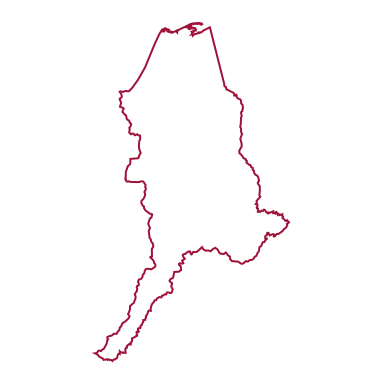 the district of Tumbes, Tumbes, Peru
{"feature_id": "86281439B11077659062931", "entity_name": "Tumbes", "entity_type": "district", "adm_level": 2, "iso_a3": "PER", "parent_name": "Peru", "parent_adm1": "Tumbes", "projection": "robinson", "projection_center": [-80.432, -3.859], "detail": "fine", "context": "isolated", "style": "outline", "palette": "rose", "viewbox_px": 384, "rotation_deg": 0, "n_neighbors": 0, "source": "geoboundaries", "source_scale": "gbopen_adm2", "svg_char_len": 6013}
<svg xmlns="http://www.w3.org/2000/svg" viewBox="0 0 384 384"><path d="M95.0,353.3L97.6,354.6L99.4,356.8L102.8,358.5L103.5,359.9L106.7,359.3L107.5,360.0L108.5,359.2L109.9,360.0L111.6,360.1L112.4,361.0L113.2,360.0L114.2,359.3L114.9,359.5L117.0,358.0L118.1,354.2L119.0,353.6L119.8,354.0L119.8,351.4L120.8,352.5L122.0,352.3L123.0,353.0L123.7,352.5L125.6,352.9L125.3,349.4L125.9,347.9L126.9,347.7L126.8,346.0L129.3,344.0L130.2,344.7L130.7,344.5L130.9,344.0L130.4,343.8L130.7,342.6L132.1,341.1L132.0,338.4L135.5,336.7L135.7,336.2L137.0,335.9L137.2,334.9L136.6,333.7L136.6,331.9L137.2,331.6L138.5,332.1L138.8,331.4L138.0,330.2L137.9,328.9L138.7,328.1L140.1,328.2L140.6,327.7L140.6,325.6L141.9,324.9L142.5,322.8L143.3,322.2L143.2,320.1L145.3,319.8L145.3,318.8L146.1,317.6L145.8,316.3L147.3,314.2L148.3,311.1L149.1,310.5L150.8,310.9L150.7,308.1L151.5,305.3L152.4,303.5L153.6,302.4L154.3,300.8L154.9,300.2L156.0,300.3L157.0,298.5L159.3,297.1L161.4,297.4L162.0,295.7L163.2,295.5L164.6,294.4L166.2,294.4L166.7,292.9L167.5,292.3L171.0,293.1L171.9,292.0L172.7,289.3L171.2,286.3L172.1,283.8L172.0,283.0L170.6,282.3L169.5,280.8L170.3,279.3L173.1,277.7L174.3,271.9L178.8,271.7L181.0,270.1L180.8,266.4L179.1,265.0L179.0,263.9L179.6,263.3L182.2,263.7L183.3,263.2L182.2,260.6L184.9,258.7L183.4,257.1L182.7,255.1L183.4,254.3L185.5,253.8L186.7,252.5L189.3,251.3L190.1,251.5L190.8,253.9L191.6,254.4L193.3,251.9L195.9,252.1L197.3,251.5L202.1,247.1L202.8,248.7L204.6,250.2L205.8,250.6L208.8,250.5L210.6,251.3L212.9,249.0L215.2,247.8L217.6,249.5L219.2,252.6L220.3,253.6L223.8,254.0L225.9,252.5L228.2,255.6L229.9,256.5L230.2,259.2L231.9,261.1L238.4,261.7L240.6,263.4L242.1,263.8L243.5,263.3L245.9,261.1L247.9,261.6L249.6,260.1L252.4,259.7L253.7,258.6L254.7,256.8L256.4,255.8L257.5,253.0L258.7,251.6L259.6,246.9L261.1,246.2L262.7,242.3L264.6,241.9L265.3,240.1L266.8,239.1L266.8,238.5L265.3,238.3L265.1,236.6L265.9,235.5L266.9,235.1L267.3,232.9L268.5,232.9L269.7,235.4L272.5,234.2L273.7,234.2L274.3,235.0L273.8,236.3L274.6,236.5L276.7,234.0L278.5,233.9L282.4,231.2L283.7,229.4L286.2,227.4L287.3,225.1L286.9,223.9L289.0,222.4L287.1,220.2L286.2,221.0L284.9,220.4L284.6,219.6L282.6,218.1L282.4,217.5L283.1,216.6L282.2,215.2L282.3,214.3L281.8,214.5L281.8,215.3L280.5,214.6L279.5,215.1L278.8,214.1L277.9,214.8L277.8,213.6L276.3,211.9L275.3,212.5L275.9,213.4L275.6,213.8L274.2,213.1L273.2,213.2L273.3,211.3L269.5,212.9L268.7,212.5L268.7,213.2L268.1,213.5L266.0,211.9L265.0,210.1L264.0,209.6L262.8,211.0L261.6,210.6L260.5,211.7L259.5,211.3L258.8,212.0L257.8,211.7L258.1,210.4L257.7,209.6L258.0,208.6L257.7,208.1L256.8,208.0L256.7,207.5L257.6,205.2L257.3,204.5L255.8,204.1L256.8,202.8L256.6,200.9L260.3,196.7L259.3,195.1L259.8,191.9L259.8,186.3L257.8,183.5L257.9,182.4L259.0,180.8L258.2,177.1L257.2,175.7L255.2,174.5L254.2,172.9L253.9,170.7L252.8,170.0L252.8,167.9L251.3,167.3L250.5,165.1L249.3,164.9L246.4,162.5L246.9,161.0L245.5,159.7L245.6,159.0L243.6,158.2L241.8,155.3L239.4,153.1L239.3,150.6L241.7,146.3L241.6,143.6L240.3,138.8L242.1,133.9L241.2,132.6L241.0,128.4L240.2,126.9L240.8,123.6L241.0,117.6L241.8,115.8L241.0,113.2L241.3,111.9L242.3,111.3L242.3,109.8L243.0,108.4L242.5,104.8L241.2,103.5L240.9,100.3L240.0,99.2L237.6,98.3L236.5,96.5L236.7,95.4L236.2,94.7L235.1,95.6L234.2,95.5L234.4,94.3L233.5,92.8L226.3,89.2L226.0,87.2L224.5,86.3L224.1,83.5L209.9,27.3L203.0,30.7L202.2,31.7L200.6,32.4L198.3,32.4L198.0,33.0L198.5,33.2L194.3,34.3L193.0,35.5L193.1,34.3L191.6,34.5L192.1,34.0L191.9,32.6L192.9,32.1L192.2,31.6L193.7,31.4L193.6,30.4L195.7,30.6L196.0,29.8L195.0,28.1L193.6,27.8L189.0,29.1L188.4,28.3L189.1,27.5L191.4,26.2L191.2,25.7L189.4,25.7L190.0,25.3L189.3,25.4L188.7,26.5L187.6,27.0L185.0,27.4L187.1,26.4L188.4,26.4L189.5,24.9L191.3,24.7L192.2,23.9L193.6,23.7L193.7,24.1L195.0,23.5L196.1,24.0L199.5,23.7L200.0,24.1L200.2,23.6L201.4,24.6L202.2,24.1L201.8,23.5L198.5,23.0L193.9,23.3L190.7,24.0L179.0,29.7L177.1,31.4L177.1,32.4L176.3,31.5L178.3,29.8L173.5,32.1L169.6,31.4L171.2,32.1L173.6,32.3L171.5,32.7L167.8,31.6L166.7,30.5L168.3,31.2L168.5,31.0L165.3,29.3L164.2,30.6L164.3,31.4L164.0,31.4L164.4,29.7L165.1,29.1L169.6,30.3L168.8,29.6L165.3,28.8L165.3,28.3L164.6,28.4L163.4,31.3L162.0,31.4L162.7,29.4L162.2,29.5L159.5,33.8L155.0,43.3L145.0,67.5L138.0,79.8L132.4,87.6L129.2,91.0L128.3,91.4L125.5,90.9L123.3,91.9L120.9,91.3L119.7,91.8L121.3,94.2L121.9,96.4L121.5,97.3L119.6,98.9L121.2,102.9L119.9,106.7L123.0,107.9L123.7,108.6L122.4,111.8L125.0,114.8L126.0,115.3L126.9,119.3L129.1,120.7L129.8,122.7L131.2,124.0L130.7,126.0L129.3,127.9L129.7,129.2L129.2,132.5L131.0,134.3L131.9,133.7L133.6,133.7L134.8,135.3L137.1,134.3L138.4,135.4L139.9,135.4L140.1,135.9L140.2,139.3L139.3,141.0L138.9,145.6L139.2,149.2L140.7,152.9L139.0,155.9L138.6,157.8L137.9,158.3L130.4,158.9L130.3,163.2L129.5,164.9L127.9,166.1L125.8,171.9L125.7,177.5L125.3,178.1L126.0,179.2L125.6,179.6L126.3,181.3L127.8,181.6L129.0,181.3L130.1,181.9L138.8,182.1L141.4,181.3L142.8,181.4L143.5,181.8L145.6,185.0L145.2,187.1L145.8,188.2L145.7,189.7L144.4,192.0L145.2,193.8L144.9,195.9L143.5,198.8L141.5,200.8L141.3,202.9L142.7,205.6L144.1,206.6L143.9,207.9L145.4,210.3L149.6,213.5L152.2,214.4L151.4,217.5L149.7,218.8L148.2,223.8L150.0,228.1L148.8,230.6L149.5,237.7L150.7,239.2L151.2,241.6L153.0,243.8L153.3,246.6L151.8,249.1L152.0,256.4L150.4,256.9L150.3,257.4L152.3,259.2L153.9,261.4L154.1,262.9L155.3,264.3L155.4,265.6L154.9,267.0L151.3,269.3L148.0,268.7L145.8,269.2L144.9,270.5L144.1,273.6L142.7,274.7L142.6,276.6L142.0,277.8L140.8,279.1L138.8,279.6L138.0,281.8L138.8,283.6L138.7,285.4L137.1,286.0L136.7,287.4L137.2,288.5L136.9,290.9L134.7,294.3L135.6,296.2L135.5,298.4L133.8,302.8L130.0,306.1L129.9,309.8L128.1,314.2L129.4,315.9L129.5,316.6L128.1,318.9L124.7,321.9L122.7,323.0L121.6,324.7L121.5,326.1L119.8,327.5L119.4,330.0L118.0,331.3L116.6,333.8L113.7,333.8L111.6,335.7L109.5,336.0L107.3,337.1L107.4,338.4L108.1,339.5L107.3,340.3L106.6,343.7L103.8,348.9L102.1,349.7L101.0,351.1L99.6,350.6L98.3,350.8L96.9,353.0L95.0,353.3Z" fill="none" stroke="#9f1239" stroke-width="2"/></svg>